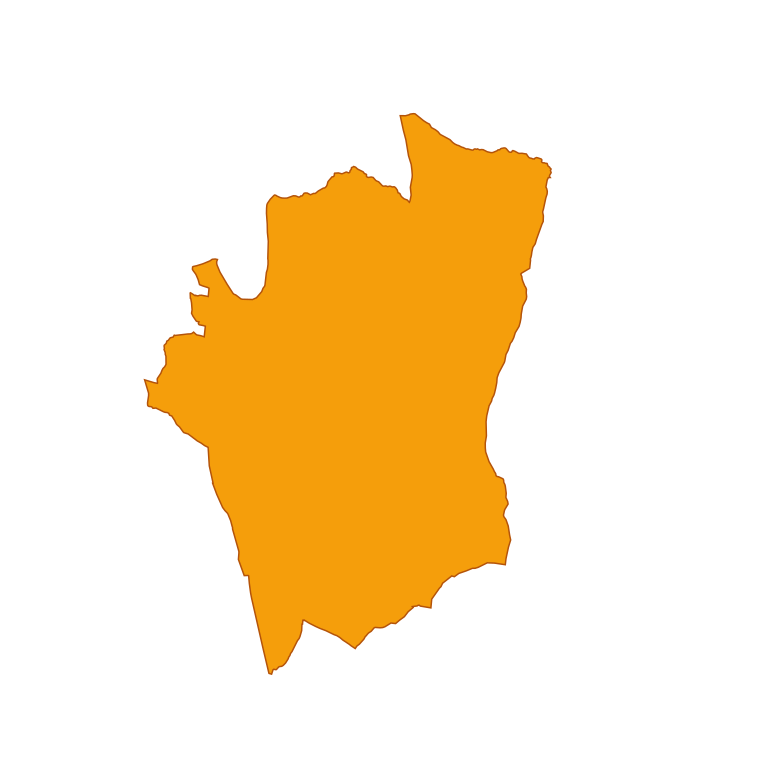 Firavitoba, Boyacá, Colombia, rotated 145°
{"feature_id": "7082276B66462160006857", "entity_name": "Firavitoba", "entity_type": "district", "adm_level": 2, "iso_a3": "COL", "parent_name": "Colombia", "parent_adm1": "Boyacá", "projection": "equal_earth", "projection_center": [-73.017, 5.676], "detail": "fine", "context": "isolated", "style": "filled", "palette": "amber", "viewbox_px": 768, "rotation_deg": 145, "n_neighbors": 0, "source": "geoboundaries", "source_scale": "gbopen_adm2", "svg_char_len": 6147}
<svg xmlns="http://www.w3.org/2000/svg" viewBox="0 0 768 768"><g transform="rotate(145 384 384)"><path d="M644.2,212.9L642.5,210.8L638.9,213.5L638.3,213.6L637.8,213.5L636.8,212.3L635.9,211.8L632.5,212.6L631.6,212.4L629.7,211.4L627.9,211.3L624.7,211.9L620.0,213.9L618.9,214.8L616.8,215.6L615.2,216.8L612.8,217.6L602.1,223.4L599.5,224.2L597.6,225.4L592.9,229.2L589.0,234.3L588.5,234.0L586.0,237.0L585.2,236.2L584.8,236.5L582.5,231.1L579.1,224.7L576.5,220.3L573.1,215.3L568.6,207.2L567.0,205.0L565.6,201.7L564.6,197.9L561.8,190.8L561.1,188.4L559.3,183.8L556.5,184.9L553.4,185.0L546.9,186.5L544.1,187.9L542.7,188.0L541.8,188.4L539.5,188.9L536.3,188.8L532.0,189.9L530.9,189.7L527.1,186.6L524.7,185.2L522.4,184.6L515.4,184.2L511.9,181.1L506.7,181.6L500.8,181.7L494.8,183.6L488.3,184.2L488.4,185.4L484.2,183.2L483.1,183.2L482.1,182.7L481.6,181.2L474.0,173.7L468.3,180.4L455.6,185.0L453.6,185.3L450.3,187.2L438.6,187.9L436.9,185.8L431.3,185.9L423.6,183.7L417.3,182.3L415.1,180.8L412.0,179.8L402.0,178.3L396.2,173.9L388.3,166.4L384.3,170.9L375.6,179.0L369.7,183.6L367.8,188.1L363.7,196.4L361.9,202.8L361.9,206.6L361.3,208.1L358.1,211.1L357.0,211.9L351.2,214.5L350.1,216.8L349.2,221.2L346.6,224.3L343.2,230.8L342.6,232.5L342.3,234.7L341.1,236.7L340.9,238.1L343.3,242.2L344.5,243.5L344.8,244.6L343.9,246.7L343.8,249.0L343.3,251.6L342.5,260.1L339.7,270.0L337.7,273.5L334.9,277.6L329.9,282.7L322.0,294.6L318.1,299.0L310.4,305.9L305.7,308.3L303.6,310.2L300.6,311.7L298.6,313.2L295.0,316.4L290.9,320.4L287.7,324.3L283.5,327.3L273.1,332.6L271.8,333.6L267.2,338.2L263.0,340.4L257.2,344.8L254.6,345.6L251.2,347.5L247.1,350.7L240.4,353.7L237.1,356.4L233.9,359.5L231.5,362.5L225.7,368.3L218.8,371.9L217.0,373.8L215.2,377.1L213.0,379.9L212.5,382.0L212.5,383.5L211.3,388.8L210.5,391.1L209.5,392.8L208.9,395.6L207.6,395.9L198.3,395.2L193.0,401.3L192.3,402.6L191.2,403.3L189.4,404.9L187.1,407.4L183.7,410.5L179.7,412.1L176.0,415.1L163.0,424.3L160.4,425.8L157.0,430.3L155.7,433.3L155.0,434.3L153.2,435.7L144.6,443.7L141.4,446.1L139.7,448.2L138.7,450.6L138.4,452.5L133.3,457.5L131.0,458.8L129.4,457.8L129.4,459.0L129.1,459.5L128.4,460.1L125.9,461.2L125.1,463.6L124.0,464.1L123.8,464.5L124.1,465.5L124.0,466.6L124.6,468.6L123.9,471.0L124.1,471.4L124.9,471.9L125.8,473.2L126.9,474.0L127.2,474.5L127.5,475.3L127.4,475.9L126.2,476.9L126.1,477.5L126.2,478.2L128.5,481.3L129.3,482.1L131.2,482.4L131.8,482.1L133.2,483.3L133.6,484.1L135.0,485.6L135.4,486.5L135.5,488.3L135.4,490.7L138.6,493.8L141.3,495.6L143.3,499.6L144.5,501.3L145.2,501.4L145.9,501.0L146.9,500.9L148.0,501.7L148.5,502.6L148.9,506.8L149.5,508.0L150.4,508.6L152.6,509.6L153.6,509.8L154.8,509.5L156.4,510.4L157.5,510.2L162.1,511.2L163.6,512.1L166.2,515.0L168.4,519.1L169.9,520.3L171.3,520.9L172.6,523.0L173.6,523.2L174.5,524.3L175.3,524.7L176.9,524.6L177.6,525.0L180.5,528.5L181.8,529.3L183.6,532.5L184.4,533.3L186.0,536.4L187.0,537.6L188.4,540.1L189.2,542.5L189.8,546.2L194.8,556.2L195.1,559.8L196.1,562.9L198.1,566.9L197.7,570.8L199.2,573.6L200.6,577.1L203.6,587.5L204.7,588.5L207.8,590.1L208.9,590.1L212.5,591.4L216.8,594.5L222.6,580.7L226.0,571.5L233.0,556.9L235.8,548.2L238.3,543.5L241.0,538.9L242.5,537.0L249.6,530.0L253.4,523.2L257.4,519.3L259.0,518.3L259.2,519.1L259.3,521.2L261.3,524.1L262.1,527.0L262.2,528.4L261.8,530.6L262.0,531.5L262.8,532.6L261.9,535.2L261.9,537.9L262.1,538.8L262.6,539.8L264.1,540.6L265.4,542.4L266.0,542.9L267.7,543.5L268.9,545.2L270.8,546.2L271.4,546.9L271.7,547.7L272.4,552.7L273.5,554.4L274.0,555.5L274.4,559.4L275.8,560.9L278.2,562.1L279.0,562.9L279.3,564.1L278.2,565.6L278.3,566.1L279.3,567.6L279.4,569.8L282.4,575.3L282.9,577.9L284.1,579.6L285.8,579.6L286.3,579.9L286.8,579.7L287.7,578.6L289.4,578.2L290.4,577.2L291.5,577.1L292.1,577.5L293.0,579.0L293.7,579.4L297.3,580.1L298.1,580.5L300.2,583.0L303.5,585.0L304.1,584.7L304.5,584.0L305.9,582.9L306.5,582.9L307.9,583.5L313.1,582.1L314.1,581.7L316.3,579.8L317.9,578.9L320.1,578.6L321.4,579.3L327.1,579.8L331.0,579.5L332.4,580.5L335.7,581.2L337.3,584.4L339.0,585.7L340.1,586.1L342.9,585.1L343.5,585.2L344.4,585.8L345.6,585.6L346.4,585.8L347.0,586.5L348.4,588.7L350.3,590.2L356.7,591.9L358.6,593.1L360.8,594.8L362.1,596.3L363.9,599.4L364.3,600.5L365.1,601.5L365.8,601.6L371.1,600.6L375.9,598.8L377.3,597.8L379.4,595.3L382.4,591.2L387.9,582.0L392.6,575.0L396.9,567.3L407.3,553.3L408.0,551.9L410.4,548.5L413.8,544.8L416.3,542.9L424.6,533.5L425.7,532.6L428.2,531.8L431.2,529.8L439.0,527.8L443.2,528.6L451.7,534.9L452.4,535.9L454.3,541.9L455.5,543.8L455.7,544.8L455.3,555.7L454.2,569.7L452.6,576.9L452.1,578.4L450.9,580.2L449.0,581.5L450.6,583.2L453.2,584.7L456.0,584.7L463.6,586.4L469.8,588.4L472.9,589.7L473.6,589.7L475.1,588.0L475.3,586.6L475.2,582.1L475.4,580.6L476.4,576.0L478.1,571.2L476.4,568.5L473.1,564.2L472.4,562.8L477.8,556.5L482.6,561.4L484.1,562.4L485.3,562.7L486.4,563.3L487.0,564.0L487.3,564.7L488.1,564.7L489.8,568.9L490.3,569.8L490.6,569.7L493.5,565.2L493.4,564.6L495.1,560.9L498.7,554.8L501.1,552.3L501.6,549.2L501.7,543.3L501.2,542.3L499.9,541.1L501.4,540.0L501.5,538.9L501.4,538.5L498.5,535.5L497.2,533.8L504.2,525.8L506.5,528.8L509.1,531.5L509.5,532.4L510.2,535.7L512.4,535.6L514.0,536.2L516.0,537.5L527.3,543.6L527.8,544.3L529.9,543.4L532.1,544.3L533.0,544.4L535.6,543.5L537.3,543.7L539.1,542.2L541.8,541.8L542.4,541.2L543.5,539.1L544.4,538.4L545.2,535.2L546.2,533.7L546.7,531.8L551.3,525.1L553.8,523.9L556.1,523.5L558.1,522.5L560.6,520.8L566.5,518.5L567.2,517.8L568.9,514.8L569.2,514.5L571.6,517.0L577.7,524.7L582.1,511.5L583.5,509.5L588.6,504.1L589.7,502.3L589.9,501.6L589.4,500.4L587.5,498.8L587.3,498.0L587.2,496.6L584.6,495.1L580.6,487.8L579.6,486.4L577.9,484.9L577.4,484.0L577.1,483.2L577.5,481.9L577.4,481.2L576.2,479.6L576.4,474.3L577.0,470.5L576.9,469.2L576.1,466.1L576.0,459.9L575.8,458.9L573.1,455.4L569.6,444.5L567.6,440.3L566.3,436.5L564.4,433.0L574.1,417.1L580.9,400.8L581.3,401.0L584.3,389.5L587.0,375.4L586.9,371.5L586.4,368.4L586.4,367.1L588.0,360.0L590.0,354.6L590.3,353.5L591.3,351.9L598.9,330.1L599.7,328.9L603.9,323.8L608.4,307.2L605.1,305.1L604.9,304.5L608.8,297.7L613.2,289.2L615.3,284.5L634.5,237.4L644.1,213.3L644.2,212.9Z" fill="#f59e0b" stroke="#b45309" stroke-width="1.5"/></g></svg>